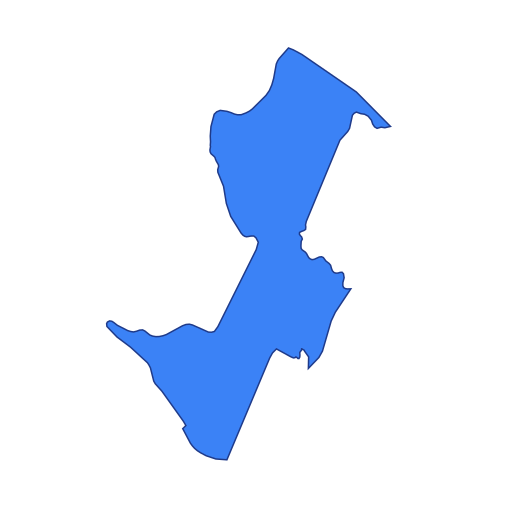 the border of Para, rotated 117°
{"feature_id": "SUR-68", "entity_name": "Para", "entity_type": "District", "adm_level": 1, "iso_a3": "SUR", "parent_name": "Suriname", "parent_adm1": "", "projection": "mercator", "projection_center": [-55.311, 5.329], "detail": "fine", "context": "isolated", "style": "filled", "palette": "blue", "viewbox_px": 512, "rotation_deg": 117, "n_neighbors": 0, "source": "natural_earth", "source_scale": "10m", "svg_char_len": 2344}
<svg xmlns="http://www.w3.org/2000/svg" viewBox="0 0 512 512"><g transform="rotate(117 256 256)"><path d="M332.4,158.3L322.0,163.3L318.7,169.6L318.1,170.2L317.9,173.0L318.0,173.2L319.1,172.7L322.0,173.2L322.8,172.8L324.3,171.9L326.2,171.1L327.9,171.2L328.3,172.1L327.9,173.4L327.8,174.6L328.9,175.1L329.8,176.4L330.0,179.3L329.5,195.6L334.9,197.3L340.6,197.5L450.8,189.4L455.1,199.7L456.6,209.7L456.5,215.8L456.1,219.8L455.3,223.3L454.1,226.4L452.6,229.4L443.1,242.9L438.9,241.5L436.2,245.7L419.2,278.4L415.6,287.7L413.9,290.3L403.6,299.3L401.6,302.1L400.4,304.2L394.2,326.4L391.3,343.0L386.5,356.8L384.1,358.4L382.3,358.4L380.3,357.0L379.6,354.8L379.8,352.6L380.7,348.0L380.7,336.5L380.2,333.5L379.3,330.7L377.1,328.1L374.9,326.1L373.3,323.5L373.3,320.8L374.6,314.7L374.3,311.7L373.3,308.6L371.7,305.7L369.4,302.8L366.7,300.2L351.5,289.8L348.8,287.3L347.0,284.4L346.3,281.3L345.4,263.8L344.1,261.0L342.1,258.8L336.2,257.9L250.2,258.7L242.7,260.2L239.8,264.3L239.2,267.1L240.6,269.7L242.0,271.5L243.2,273.2L243.6,275.0L243.4,277.0L242.4,279.6L232.2,296.5L222.6,306.3L208.6,316.6L198.7,328.0L196.5,329.3L193.3,329.9L191.8,330.9L189.5,334.4L188.1,336.1L186.8,337.3L186.2,338.9L185.3,342.5L184.1,344.1L182.4,345.2L179.2,346.2L178.1,347.0L175.0,348.3L169.9,351.2L161.1,354.9L148.7,357.6L145.4,356.5L142.5,354.0L140.3,347.6L139.6,343.3L139.3,339.5L138.5,336.4L136.8,333.3L133.1,329.9L129.9,327.6L126.6,326.0L108.3,320.0L102.5,319.2L96.3,319.6L89.7,320.9L75.7,325.1L72.4,325.3L69.5,325.0L55.9,321.5L55.4,316.4L55.6,306.6L64.3,241.1L79.5,195.0L83.2,199.4L84.4,203.0L87.3,206.1L87.1,209.0L85.4,212.0L82.6,214.8L80.5,219.6L80.4,223.6L81.6,227.2L82.2,231.9L84.3,233.4L86.8,234.0L99.8,230.6L103.4,230.8L114.7,233.8L202.3,226.9L205.8,226.0L207.5,224.8L209.8,223.9L211.6,224.9L213.2,226.4L215.2,227.9L216.8,227.3L217.7,225.7L218.3,224.0L219.9,222.4L222.4,222.4L226.7,220.5L228.8,219.2L229.6,217.6L230.1,214.0L230.8,212.2L232.1,210.4L233.5,208.3L234.0,206.3L233.8,204.4L232.5,202.6L228.2,199.2L226.9,197.2L226.8,195.3L228.7,191.5L229.5,187.4L230.4,185.3L232.8,183.1L234.5,181.2L235.3,179.1L235.0,177.0L233.9,175.1L232.4,173.6L231.4,171.9L232.1,170.0L235.4,167.6L240.3,166.5L243.1,165.1L244.4,163.5L244.5,161.5L243.8,159.5L242.2,156.6L270.1,159.8L279.8,159.5L310.6,153.6L317.9,153.9L332.4,158.3Z" fill="#3b82f6" stroke="#1e3a8a" stroke-width="1.5"/></g></svg>